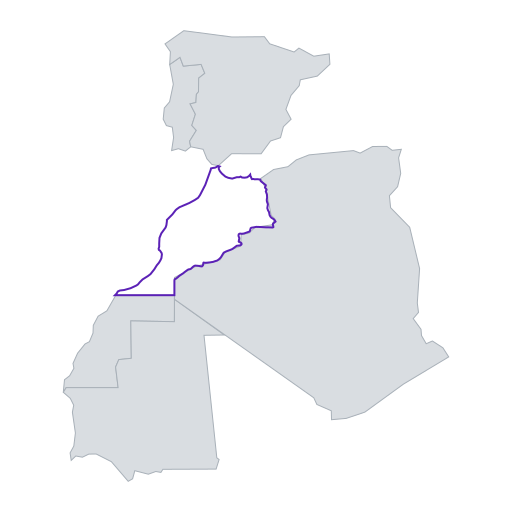 Morocco highlighted among its neighbors
{"feature_id": "MAR", "entity_name": "Morocco", "entity_type": "country or territory", "adm_level": 0, "iso_a3": "MAR", "parent_name": "Africa", "parent_adm1": "", "projection": "mercator", "projection_center": [-5.43, 31.798], "detail": "fine", "context": "with_neighbors", "style": "outline", "palette": "violet", "viewbox_px": 512, "rotation_deg": 0, "n_neighbors": 5, "source": "natural_earth", "source_scale": "50m", "svg_char_len": 4746}
<svg xmlns="http://www.w3.org/2000/svg" viewBox="0 0 512 512"><path d="M174.6,295.2L174.4,321.7L130.8,320.9L131.3,358.3L118.8,359.6L115.6,367.0L118.1,387.6L66.2,387.6L63.3,392.3L64.5,379.7L69.6,375.8L73.9,368.3L73.0,363.4L77.6,353.2L85.0,344.0L89.4,341.7L93.0,333.1L93.3,325.3L98.1,316.2L106.9,310.8L115.8,295.2L174.6,295.2Z" fill="#d9dde1" stroke="#a8b0b8" stroke-width="1"/><path d="M63.3,392.3L66.2,387.6L118.1,387.6L115.6,367.0L118.8,359.6L131.3,358.3L130.8,320.9L174.4,321.7L174.4,299.2L224.3,335.0L204.0,335.3L216.8,457.8L219.1,459.5L216.1,469.1L162.9,469.3L160.9,472.4L155.8,471.5L148.3,474.2L134.8,470.7L132.6,478.8L128.2,481.3L111.4,461.7L96.2,454.0L88.8,454.1L82.4,457.2L75.8,456.0L71.2,460.4L70.1,452.9L73.8,446.1L75.4,433.0L72.4,412.2L73.7,405.2L70.3,398.4L63.3,392.3Z" fill="#d9dde1" stroke="#a8b0b8" stroke-width="1"/><path d="M174.4,299.2L174.5,277.5L196.0,266.3L220.1,259.8L225.1,252.2L240.6,246.0L241.2,234.6L248.9,233.2L254.9,227.4L272.2,224.8L274.7,218.7L271.2,215.3L265.8,188.8L260.8,178.4L273.6,169.5L287.9,166.7L296.3,159.9L309.0,154.9L353.5,150.6L360.1,153.1L372.6,146.5L386.8,146.4L392.2,150.3L401.3,149.3L398.6,157.8L400.7,173.4L397.6,186.7L389.4,195.7L390.6,207.7L409.7,227.3L419.6,268.6L417.3,303.0L418.5,312.4L413.2,318.6L421.0,329.3L421.5,335.6L426.2,343.7L432.4,341.0L442.9,347.8L448.7,356.9L403.3,384.2L364.9,412.1L346.2,418.4L331.5,419.7L331.3,410.8L316.9,404.5L313.8,397.8L174.4,299.2Z" fill="#d9dde1" stroke="#a8b0b8" stroke-width="1"/><path d="M169.7,64.5L180.0,57.3L183.3,66.1L201.1,64.4L204.8,73.3L198.7,78.1L198.5,91.8L196.4,94.3L195.9,102.5L190.1,103.9L195.4,114.2L191.8,125.4L196.3,130.4L189.6,141.2L190.7,146.8L185.4,151.1L178.4,148.7L171.6,150.6L173.6,137.5L172.3,127.2L166.4,125.6L163.2,119.2L164.3,108.0L169.6,101.8L173.3,84.3L169.7,64.5Z" fill="#d9dde1" stroke="#a8b0b8" stroke-width="1"/><path d="M190.7,146.8L189.6,141.2L196.3,130.4L191.8,125.4L195.4,114.2L190.1,103.9L195.9,102.5L196.4,94.3L198.5,91.8L198.7,78.1L204.8,73.3L201.1,64.4L183.3,66.1L180.0,57.3L169.7,64.5L170.4,51.7L165.0,43.9L183.8,30.7L231.9,37.0L264.4,36.7L269.7,43.8L294.1,52.0L298.9,48.1L313.8,56.2L329.2,53.9L329.9,64.3L317.3,76.1L300.3,79.8L299.2,85.7L291.0,95.4L285.9,109.4L291.1,119.2L283.4,126.7L280.5,137.7L270.5,141.0L261.1,153.8L231.6,153.7L218.3,165.7L211.8,164.4L206.9,158.8L203.1,149.3L190.7,146.8Z" fill="#d9dde1" stroke="#a8b0b8" stroke-width="1"/><path d="M116.6,293.6L117.8,291.5L119.9,290.5L124.2,290.0L130.6,288.2L136.4,285.5L138.0,284.4L139.7,282.3L142.6,279.4L148.0,276.0L150.5,274.1L154.3,269.3L156.8,265.3L158.9,262.8L160.3,260.5L161.4,258.2L161.9,254.4L161.6,253.0L160.0,250.6L158.9,249.9L158.6,248.8L159.2,246.8L159.2,243.4L159.5,237.9L161.3,233.4L165.6,227.5L166.4,225.1L166.9,221.3L166.9,219.9L172.4,214.4L175.6,210.2L176.7,209.2L179.5,207.2L189.3,203.0L194.8,200.0L198.1,197.8L200.0,195.1L205.3,184.8L210.6,170.1L211.0,168.4L213.3,167.9L215.0,167.7L216.3,167.1L218.0,166.0L219.6,166.5L218.8,167.2L218.8,169.0L219.9,171.2L221.9,173.6L225.4,176.6L228.2,177.8L232.2,178.6L236.8,177.2L239.3,177.2L240.6,176.6L242.0,177.5L244.6,177.7L247.1,177.3L249.0,176.0L250.2,174.6L250.3,175.3L250.4,176.1L250.8,176.5L251.5,178.4L251.9,179.1L253.4,179.0L254.6,179.3L257.4,179.2L260.1,179.5L260.5,180.7L261.3,181.6L264.1,183.8L265.8,185.2L265.8,185.6L265.3,186.7L265.0,187.5L265.5,188.3L266.5,189.3L266.6,189.8L266.3,190.3L265.8,191.4L266.9,194.4L267.1,197.4L266.8,199.5L266.8,200.7L267.0,201.8L267.9,204.2L267.3,208.1L268.0,210.3L269.0,212.0L269.6,215.1L270.4,216.6L271.6,217.9L272.4,218.3L273.8,219.3L274.8,220.2L275.5,221.6L274.2,222.6L273.1,223.6L272.8,224.6L273.3,226.3L273.3,227.2L272.7,227.5L270.0,227.4L267.9,227.3L265.5,227.3L262.1,227.1L260.0,227.0L257.1,226.9L256.1,226.9L253.5,227.4L251.6,227.7L251.3,227.8L250.7,228.2L250.3,229.5L249.9,230.9L249.6,231.5L244.0,233.5L241.8,233.8L240.5,233.6L239.6,233.7L238.8,234.2L238.6,234.8L238.5,235.7L238.7,236.5L239.2,237.7L239.3,238.8L239.0,239.7L238.9,240.5L238.7,241.4L239.0,241.9L239.6,241.9L240.1,242.4L240.9,242.7L241.5,243.4L241.5,244.4L240.9,245.0L240.5,245.3L238.4,245.6L236.7,245.8L234.6,247.4L232.2,249.1L229.5,250.2L228.3,250.6L226.2,251.4L223.7,252.7L222.4,254.8L220.9,257.3L219.4,258.9L217.3,260.5L215.4,261.1L213.0,261.9L209.9,262.4L207.8,262.6L207.2,262.7L205.3,262.8L204.3,262.7L203.6,262.6L203.4,262.8L203.3,263.2L203.2,264.0L203.1,265.0L202.5,265.9L202.1,266.3L201.6,266.4L200.0,266.2L198.7,265.9L195.5,265.6L194.8,265.7L194.6,265.8L193.6,266.3L192.1,267.6L191.1,268.6L190.3,269.1L188.5,269.4L187.7,269.8L184.2,272.4L183.5,273.1L180.0,275.4L179.0,276.1L178.2,276.9L176.1,278.6L174.7,279.3L174.5,279.8L174.4,280.8L174.4,283.1L174.4,285.3L174.4,288.5L174.4,291.7L174.4,295.2L115.0,295.2L116.6,293.6Z" fill="none" stroke="#5b21b6" stroke-width="2"/></svg>